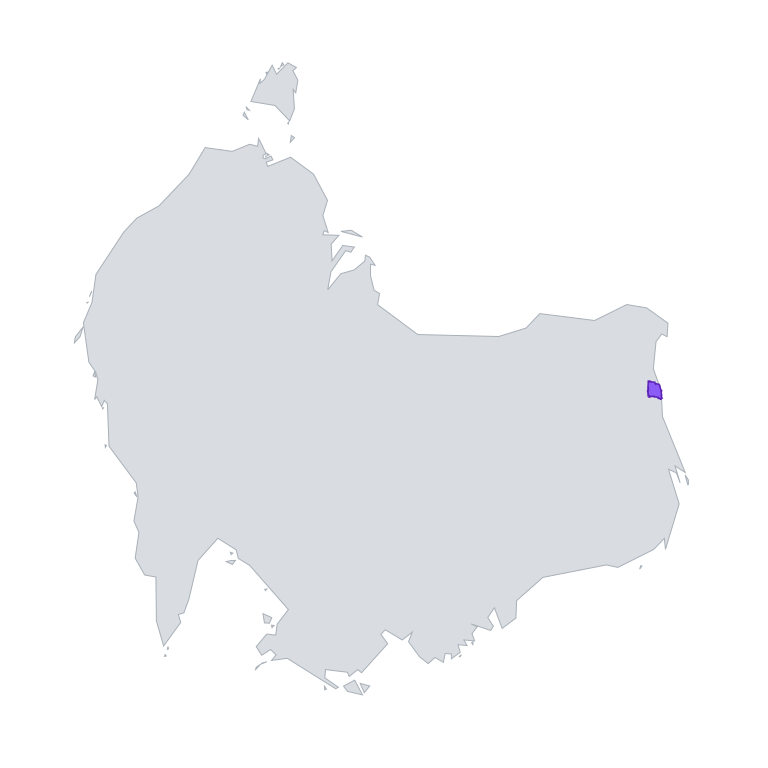 Dandaragan, Western Australia, Australia (highlighted), rotated 185°
{"feature_id": "25037944B25957721357526", "entity_name": "Dandaragan", "entity_type": "district", "adm_level": 2, "iso_a3": "AUS", "parent_name": "Australia", "parent_adm1": "Western Australia", "projection": "orthographic", "projection_center": [115.251, -30.541], "detail": "fine", "context": "in_parent", "style": "filled", "palette": "violet", "viewbox_px": 768, "rotation_deg": 185, "n_neighbors": 0, "source": "geoboundaries", "source_scale": "gbopen_adm2", "svg_char_len": 6042}
<svg xmlns="http://www.w3.org/2000/svg" viewBox="0 0 768 768"><g transform="rotate(185 384 384)"><path d="M590.1,128.2L594.4,171.8L605.8,172.9L616.7,188.8L615.2,214.8L621.2,225.8L619.1,250.0L622.2,263.9L652.5,298.0L657.8,340.1L661.2,343.3L663.3,336.9L669.0,346.3L670.9,343.3L669.4,363.5L672.2,370.7L679.9,380.0L688.8,418.8L682.0,439.9L680.5,468.1L656.6,512.5L644.8,527.6L623.6,541.9L596.5,575.9L582.8,603.9L555.5,602.5L538.7,611.1L530.6,609.8L530.3,617.7L521.6,603.4L524.2,601.5L524.2,598.7L522.0,597.9L516.4,601.2L514.2,597.6L520.7,594.7L518.9,590.6L496.8,601.8L472.4,586.8L456.3,562.0L459.6,546.4L452.8,530.0L457.0,531.5L457.9,527.3L441.9,528.2L448.8,518.7L446.5,502.2L437.1,518.4L425.5,517.8L428.6,512.4L433.8,513.5L446.6,491.2L448.3,472.9L436.6,490.1L423.7,495.0L413.8,504.8L413.7,510.7L409.3,509.1L403.2,501.4L407.9,502.2L406.8,490.4L402.0,476.5L396.3,473.8L397.3,462.5L354.7,436.2L273.9,441.3L247.4,452.1L234.9,467.7L179.8,465.6L149.1,484.3L129.0,482.7L106.4,469.3L106.1,455.8L111.7,458.0L116.7,449.9L117.0,422.5L107.3,401.8L103.8,375.9L76.2,322.1L86.9,327.7L80.4,311.4L85.0,321.0L93.1,323.8L79.5,290.2L89.2,243.8L91.3,254.7L100.9,242.7L135.0,221.7L146.9,223.1L208.9,205.2L233.0,179.8L232.2,162.3L245.0,150.8L254.5,170.7L260.3,160.4L254.0,152.3L256.2,147.8L276.3,152.6L270.0,150.2L274.6,143.0L271.3,136.0L282.1,136.0L278.5,130.7L287.5,130.8L284.7,123.4L292.9,116.1L293.3,120.9L299.6,120.9L300.6,111.9L309.4,116.0L315.6,109.3L324.9,115.4L337.1,129.4L334.2,139.3L343.5,130.6L361.3,139.3L365.3,134.3L357.7,125.6L381.2,94.4L385.3,97.2L393.1,89.7L395.4,93.7L417.4,94.4L417.3,86.1L403.0,77.9L405.6,76.2L456.5,102.3L472.0,98.8L467.8,104.7L473.9,109.6L482.2,103.1L488.4,111.2L479.0,124.7L470.0,124.4L469.5,135.4L459.6,151.0L502.0,191.6L513.9,197.5L516.8,205.9L536.1,215.8L553.9,192.0L559.6,152.8L563.4,138.6L568.8,136.4L565.7,128.8L580.7,103.8L590.1,128.2ZM500.9,637.9L517.0,652.0L541.2,653.8L533.7,677.3L533.8,672.7L529.7,676.9L523.2,691.9L518.0,683.2L507.7,695.6L498.8,691.6L502.1,688.2L496.3,679.1L497.3,666.3L500.2,669.5L497.2,650.4L500.9,637.9ZM378.3,72.4L393.6,74.6L398.0,79.5L387.4,86.4L378.3,72.4ZM418.2,528.5L440.1,532.3L429.9,534.3L418.2,528.5ZM482.3,135.6L484.5,144.7L475.4,141.4L477.4,135.7L482.3,135.6ZM688.7,414.7L690.9,404.8L696.0,397.9L695.6,404.1L688.7,414.7ZM542.2,635.3L547.8,639.3L546.8,642.6L542.2,635.3ZM376.7,74.7L381.6,83.7L371.9,81.9L376.7,74.7ZM498.0,623.5L494.6,621.6L498.4,616.6L498.0,623.5ZM525.7,193.3L521.1,194.8L516.6,195.3L519.3,191.0L525.7,193.3ZM76.1,319.7L72.4,314.9L72.0,310.3L72.6,310.1L76.1,319.7ZM544.2,645.3L545.8,648.3L541.9,644.9L544.2,645.3ZM671.7,365.7L674.5,366.7L673.4,371.0L671.7,365.7ZM620.2,249.9L623.4,253.6L622.5,254.9L620.2,249.9ZM514.6,691.4L513.4,695.2L511.6,693.3L514.6,691.4ZM685.0,445.2L683.6,450.6L683.3,450.4L685.0,445.2ZM417.0,77.8L414.7,75.1L416.4,74.2L417.0,77.8ZM486.5,90.7L482.6,94.1L487.4,87.7L486.5,90.7ZM687.3,439.0L685.5,440.2L686.9,438.7L687.3,439.0ZM484.9,169.1L482.8,169.6L484.1,167.8L484.9,169.1ZM475.1,133.9L472.5,133.9L474.3,131.5L475.1,133.9ZM113.2,221.8L112.4,225.4L111.2,225.1L113.2,221.8ZM576.7,100.8L576.3,103.7L575.6,101.3L576.7,100.8ZM521.6,599.3L521.5,601.2L521.0,600.5L521.6,599.3ZM481.6,95.2L476.5,97.1L481.8,94.4L481.6,95.2ZM285.3,119.2L283.3,121.1L284.6,118.8L285.3,119.2ZM516.9,689.1L515.5,689.5L516.7,688.3L516.9,689.1ZM522.4,203.0L519.8,202.3L521.4,200.8L522.4,203.0ZM274.2,133.8L272.8,134.9L272.8,132.1L274.2,133.8ZM528.8,684.1L526.8,684.6L528.1,682.7L528.8,684.1ZM579.0,93.5L578.5,95.4L577.2,94.1L579.0,93.5ZM519.8,601.4L520.9,603.6L518.3,602.3L519.8,601.4ZM656.6,299.1L655.1,298.7L656.1,296.6L656.6,299.1ZM662.1,336.1L661.3,335.8L662.3,334.3L662.1,336.1ZM502.7,635.3L501.8,636.6L501.9,634.7L502.7,635.3Z" fill="#d9dde1" stroke="#a8b0b8" stroke-width="1"/><path d="M106.1,394.2L106.2,394.3L106.1,394.5L106.1,394.8L106.0,395.0L106.0,395.3L106.0,395.5L106.0,395.8L106.0,395.7L106.3,395.8L106.5,395.8L106.6,396.0L106.7,396.3L106.8,396.5L106.7,396.8L106.7,397.0L106.4,397.3L106.5,397.4L106.6,397.5L106.8,397.7L106.8,397.8L106.8,398.0L106.8,398.3L106.9,398.6L106.9,399.2L106.9,399.3L107.0,399.5L107.1,399.8L107.2,400.1L107.2,400.3L107.2,400.5L106.9,400.7L106.9,400.8L107.0,400.7L107.0,400.8L107.3,401.0L107.4,401.3L107.5,401.3L107.5,401.5L107.6,401.8L107.5,402.0L107.7,402.3L107.7,402.5L107.8,402.6L107.8,402.8L107.9,403.0L108.0,403.1L108.1,403.3L108.2,403.5L108.3,403.7L108.3,403.8L108.4,404.0L108.5,404.4L108.5,404.5L108.6,404.8L108.7,405.0L108.8,405.1L108.8,405.3L108.9,405.5L109.0,405.6L109.1,405.9L109.1,406.0L109.1,406.3L109.1,406.6L109.3,406.6L109.5,406.7L109.6,406.9L109.8,407.1L109.9,407.3L110.0,407.4L110.0,407.5L110.2,407.8L111.9,407.8L112.1,407.8L112.8,407.8L112.8,408.0L113.2,408.0L113.3,407.9L113.3,408.0L113.5,408.0L113.9,408.3L114.1,408.7L114.1,408.8L114.2,409.0L114.3,409.4L117.0,409.4L117.0,409.5L117.1,409.8L117.1,409.7L117.2,409.4L117.3,409.4L117.5,409.4L117.6,409.5L117.8,409.5L118.0,409.5L118.3,409.5L118.3,409.4L118.5,409.4L118.8,409.4L118.9,409.5L119.0,409.5L119.2,409.4L119.3,409.4L119.5,409.4L119.5,409.5L119.6,409.4L119.7,409.5L119.7,409.4L119.8,409.4L120.0,409.4L120.1,409.5L120.2,409.8L120.2,410.0L120.3,410.0L120.5,409.9L120.8,409.9L121.0,409.9L121.0,409.5L120.8,409.5L120.9,408.6L120.8,404.5L120.8,404.1L120.7,404.1L120.7,403.8L120.7,403.5L120.4,403.5L120.4,402.8L120.6,402.8L120.6,402.2L120.3,402.2L120.3,401.6L120.1,401.6L120.1,401.1L120.3,401.1L120.3,400.6L120.8,400.6L120.8,400.2L120.7,400.2L120.7,399.9L120.4,399.9L120.5,399.5L120.2,399.5L120.2,399.2L120.3,399.2L120.3,397.9L120.3,397.4L119.9,397.4L119.9,395.1L119.3,395.1L118.6,395.3L118.7,394.0L118.2,394.1L117.2,394.6L117.0,394.8L116.3,395.0L115.8,395.0L115.7,395.1L115.4,395.1L115.2,395.0L114.9,395.2L114.7,395.3L114.4,395.3L113.7,395.3L113.7,394.7L109.8,394.7L109.8,394.2L109.5,394.2L109.5,393.6L109.4,393.6L107.5,393.5L107.3,393.5L107.3,392.9L106.7,392.9L106.7,393.6L106.8,393.6L106.8,394.2L106.1,394.2ZM106.1,397.4L106.2,397.2L106.2,397.3L106.1,397.4ZM107.8,404.0L107.7,404.0L107.8,404.0L107.8,404.0Z" fill="#8b5cf6" stroke="#5b21b6" stroke-width="1.5"/></g></svg>